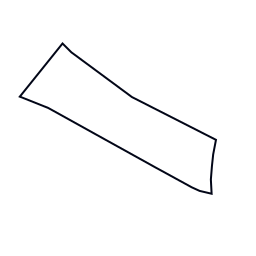 Rafah, Shamal Sina', Egypt, rotated 134°
{"feature_id": "37247803B35204215208430", "entity_name": "Rafah", "entity_type": "district", "adm_level": 2, "iso_a3": "EGY", "parent_name": "Egypt", "parent_adm1": "Shamal Sina'", "projection": "equal_earth", "projection_center": [34.237, 31.05], "detail": "fine", "context": "isolated", "style": "outline", "palette": "ink", "viewbox_px": 256, "rotation_deg": 134, "n_neighbors": 0, "source": "geoboundaries", "source_scale": "gbopen_adm2", "svg_char_len": 345}
<svg xmlns="http://www.w3.org/2000/svg" viewBox="0 0 256 256"><g transform="rotate(134 128 128)"><path d="M180.6,227.6L169.0,199.3L155.1,147.3L137.4,81.2L126.4,41.0L123.5,32.8L117.2,22.2L107.5,32.6L97.3,41.0L87.8,48.4L75.4,56.5L75.8,57.8L103.0,146.6L112.9,221.3L112.7,233.8L180.6,227.6Z" fill="none" stroke="#020617" stroke-width="2"/></g></svg>